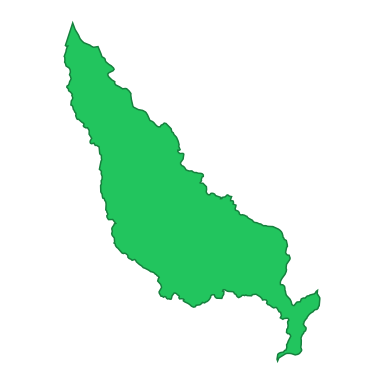 the district of São Valério, Tocantins, Brazil
{"feature_id": "56859067B12336080421503", "entity_name": "São Valério", "entity_type": "district", "adm_level": 2, "iso_a3": "BRA", "parent_name": "Brazil", "parent_adm1": "Tocantins", "projection": "orthographic", "projection_center": [-48.122, -11.769], "detail": "fine", "context": "isolated", "style": "filled", "palette": "green", "viewbox_px": 384, "rotation_deg": 0, "n_neighbors": 0, "source": "geoboundaries", "source_scale": "gbopen_adm2", "svg_char_len": 5986}
<svg xmlns="http://www.w3.org/2000/svg" viewBox="0 0 384 384"><path d="M65.4,45.5L66.3,46.2L67.8,46.1L67.1,47.2L66.2,49.9L66.0,51.5L64.2,56.5L64.8,57.4L64.9,60.8L64.6,62.1L65.4,63.4L66.1,66.0L69.0,67.9L70.1,69.6L70.4,72.1L69.5,74.8L70.3,76.0L71.1,78.7L70.5,80.2L69.7,81.4L69.1,83.9L68.3,85.3L67.0,86.1L66.8,87.2L68.4,89.0L68.6,90.5L69.3,91.4L70.3,91.8L72.3,94.3L71.8,95.2L72.8,97.9L72.3,99.5L71.3,100.9L70.9,105.0L72.1,105.5L72.8,106.8L73.4,109.5L74.3,110.5L74.6,111.8L75.7,112.9L76.0,114.4L75.7,115.7L76.6,118.2L77.3,119.3L78.6,119.3L81.6,122.0L83.8,123.5L83.9,124.9L83.3,125.9L84.0,126.9L86.0,127.9L87.5,127.7L89.2,130.5L89.1,134.2L91.7,138.3L90.2,141.0L90.1,142.1L90.5,143.2L91.5,143.7L94.0,143.2L95.2,145.4L96.8,145.4L99.1,147.0L99.7,153.4L100.2,154.4L101.4,155.3L101.4,158.2L101.7,159.8L101.0,161.2L99.4,169.3L100.7,170.4L101.4,171.5L101.2,173.8L102.2,176.6L102.0,179.4L101.2,180.7L101.4,184.0L100.6,185.5L100.8,191.9L102.1,194.1L102.5,197.2L103.0,198.3L104.2,198.4L104.6,200.0L105.8,202.0L106.1,204.3L105.8,209.9L106.7,210.9L106.9,212.2L107.7,213.6L107.7,214.7L106.8,215.8L107.1,217.4L108.5,219.6L112.7,219.5L115.7,223.4L114.4,223.8L113.8,225.2L112.2,227.5L111.8,228.9L112.3,231.3L111.7,233.8L112.3,235.5L114.3,237.9L114.6,242.1L114.0,243.0L115.2,243.9L115.5,245.6L116.7,247.3L117.9,248.2L122.0,253.0L123.3,253.5L124.6,253.2L125.8,253.6L126.6,254.2L127.8,255.3L127.9,257.2L129.1,258.5L130.9,259.2L132.1,260.3L134.7,259.5L135.7,260.3L136.3,261.7L139.3,264.4L141.6,265.9L143.3,267.7L144.9,268.2L148.6,270.1L150.8,271.7L152.1,271.9L153.6,272.5L154.6,273.2L155.3,274.1L156.4,274.6L157.0,275.6L158.2,276.3L159.2,277.4L158.4,278.5L157.7,281.0L160.6,284.3L161.3,286.1L161.5,287.7L159.1,291.8L159.2,293.0L161.0,296.2L162.4,296.3L163.4,297.2L164.9,296.5L166.1,297.2L166.6,298.3L167.7,299.0L169.1,298.7L170.1,299.3L171.3,299.0L172.1,295.8L174.2,293.0L175.3,293.1L176.5,293.7L177.5,294.8L178.8,295.6L179.3,296.5L178.9,297.8L179.6,298.9L181.4,298.7L183.2,299.0L184.0,299.6L183.3,300.8L184.6,301.8L187.8,303.3L189.7,304.5L191.5,306.2L193.4,307.1L194.4,307.0L195.5,306.6L196.1,305.3L199.9,304.8L201.8,303.4L202.4,302.4L204.7,302.9L205.5,302.1L206.8,301.7L208.4,300.5L209.4,299.3L210.6,297.3L210.7,296.1L211.5,295.1L212.8,294.7L214.3,294.8L214.8,296.3L215.5,297.4L216.7,298.2L221.8,298.4L222.8,295.8L223.7,294.5L223.9,291.5L222.6,291.2L223.2,289.7L224.8,289.7L227.3,291.2L228.3,291.4L232.8,291.7L233.9,292.3L234.4,293.7L236.0,294.4L236.6,295.8L237.5,296.9L238.7,297.6L241.1,296.4L242.1,295.3L243.5,295.2L244.7,295.6L245.9,294.9L247.0,295.6L251.6,295.8L252.4,294.6L256.0,294.2L260.2,296.8L262.0,298.7L262.5,300.0L264.8,299.7L266.3,300.1L267.2,301.6L266.6,303.1L268.1,304.8L269.2,304.8L272.5,307.3L273.8,307.9L275.1,307.5L276.3,307.5L277.1,308.3L279.1,311.8L280.6,312.3L281.4,315.7L280.3,317.8L282.9,319.3L283.8,318.6L286.6,318.2L288.0,318.4L288.7,319.3L288.7,320.6L287.8,321.2L287.6,322.4L288.1,325.5L287.7,328.2L286.8,329.3L286.5,332.4L287.8,333.7L289.1,333.7L290.4,335.1L290.7,336.4L288.2,341.2L287.4,343.5L286.6,344.7L286.8,347.5L286.0,350.0L284.6,350.5L283.5,352.0L280.4,352.6L278.8,353.4L277.8,354.3L277.0,359.2L277.6,361.0L278.9,357.9L285.7,353.7L287.1,353.4L289.8,353.4L291.4,353.6L295.2,354.9L297.9,354.3L299.5,353.4L301.4,351.0L301.7,350.0L300.8,347.3L301.2,344.5L301.3,340.6L301.0,338.0L302.2,334.9L303.6,333.2L304.0,331.9L305.5,330.8L306.1,328.9L305.9,327.4L304.7,326.5L303.3,324.0L303.9,323.1L304.1,321.7L305.8,319.2L306.7,318.4L307.3,316.9L309.2,314.4L311.0,312.9L313.2,311.6L313.9,310.6L315.0,309.7L316.9,309.4L318.0,308.3L318.3,307.1L319.2,305.7L319.8,298.9L319.7,297.7L317.2,293.7L317.5,290.4L316.2,291.4L315.2,293.1L314.2,293.9L310.0,295.0L308.9,295.8L307.2,296.0L305.0,298.1L303.5,298.0L302.1,298.5L301.1,299.2L300.9,300.3L300.1,301.8L297.1,302.0L296.3,302.7L294.1,305.5L293.1,305.5L291.9,304.5L291.1,301.4L290.0,299.2L286.4,295.3L285.7,293.2L285.5,291.5L284.9,289.9L284.9,288.1L284.5,286.3L282.8,284.8L280.5,284.6L280.3,282.7L280.6,281.0L282.0,278.4L285.0,274.3L286.2,271.5L286.5,269.7L286.1,268.1L286.5,264.4L289.8,259.5L290.1,258.1L289.1,255.2L287.5,255.1L286.3,254.0L285.6,252.5L286.6,247.4L287.4,246.5L287.3,244.9L286.3,240.5L284.2,239.3L283.9,238.2L283.0,237.1L282.9,235.9L282.2,233.3L281.4,231.8L280.0,230.3L278.4,229.1L272.9,226.6L267.6,226.3L265.9,225.7L263.3,225.7L260.8,224.0L259.3,223.8L256.8,222.7L254.5,222.4L253.3,221.6L252.4,220.3L248.5,218.2L247.4,217.2L246.9,216.3L245.7,216.0L244.7,215.3L242.3,214.7L241.0,215.0L239.4,214.0L239.1,212.3L238.0,211.1L235.5,210.1L235.1,208.4L235.7,207.0L236.0,205.2L233.1,204.0L233.5,202.3L233.1,201.0L232.0,200.7L230.6,200.7L230.6,199.4L231.6,196.6L229.4,196.2L228.3,195.2L227.2,194.9L225.1,196.9L222.6,197.3L221.8,198.6L220.5,198.7L220.8,197.4L215.6,195.6L214.6,194.1L213.2,193.4L211.8,193.2L210.7,193.5L209.8,194.8L208.3,194.7L207.1,193.7L206.2,191.9L206.6,189.4L206.4,186.7L202.9,183.2L201.5,183.3L200.1,182.8L201.5,180.7L201.3,179.3L202.2,176.9L203.3,176.5L203.3,175.0L202.4,173.9L201.1,173.4L198.1,173.2L196.2,172.5L194.6,172.6L193.1,171.9L191.9,170.9L189.1,171.0L186.2,170.0L184.5,167.4L183.4,166.3L181.9,165.7L180.6,164.0L180.6,162.6L183.1,159.0L183.8,154.1L183.0,153.4L179.9,153.5L178.9,152.8L177.7,151.3L177.9,150.1L179.1,150.3L180.1,149.7L178.7,146.2L179.1,144.7L178.1,141.0L176.5,137.3L173.9,134.5L173.3,132.8L171.8,131.7L171.1,128.7L166.0,123.5L164.2,123.1L162.8,124.5L161.2,125.1L160.1,126.8L158.5,126.9L157.1,126.2L155.6,124.8L153.8,122.6L152.6,121.6L149.9,120.4L147.5,114.9L146.0,112.5L145.2,111.8L142.6,110.4L138.3,109.6L133.5,107.1L132.9,106.1L131.4,99.6L130.8,95.2L130.9,93.5L129.1,91.0L126.6,88.7L125.4,88.5L122.6,88.8L119.5,86.8L115.8,85.0L114.6,83.3L114.8,81.7L111.9,79.9L108.9,77.0L108.0,75.6L107.8,74.0L108.8,72.8L113.1,70.7L114.1,69.3L113.5,68.0L111.2,65.8L108.9,64.4L106.0,61.9L105.3,60.6L105.1,59.1L104.4,58.2L101.9,56.7L101.0,53.9L98.0,46.6L93.6,47.3L91.6,46.4L90.0,45.2L83.8,42.7L81.5,40.5L80.0,38.6L78.5,35.1L75.1,29.5L72.7,23.0L65.4,45.5Z" fill="#22c55e" stroke="#15803d" stroke-width="1.5"/></svg>